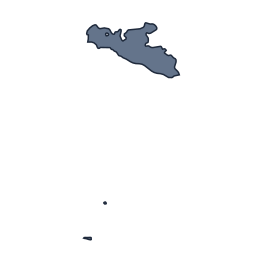 map outline of Agrigento (Mercator projection), rotated 353°
{"feature_id": "ITA-5417", "entity_name": "Agrigento", "entity_type": "Province", "adm_level": 1, "iso_a3": "ITA", "parent_name": "Italy", "parent_adm1": "", "projection": "mercator", "projection_center": [13.389, 36.616], "detail": "fine", "context": "isolated", "style": "filled", "palette": "slate", "viewbox_px": 256, "rotation_deg": 353, "n_neighbors": 0, "source": "natural_earth", "source_scale": "10m", "svg_char_len": 2303}
<svg xmlns="http://www.w3.org/2000/svg" viewBox="0 0 256 256"><g transform="rotate(353 128 128)"><path d="M185.4,81.5L180.6,81.9L179.9,82.1L178.5,83.0L177.7,83.3L174.4,82.8L169.7,79.2L166.8,78.0L163.6,77.3L160.8,76.1L158.4,74.4L152.0,68.0L149.7,66.4L147.1,65.6L143.6,65.0L140.9,64.0L138.5,62.5L134.8,59.5L131.6,57.6L130.2,56.2L129.5,55.7L128.5,55.4L127.6,54.9L125.8,51.3L125.3,50.9L123.7,49.9L122.8,48.8L122.2,48.2L121.3,48.0L120.9,47.7L120.2,46.3L119.8,46.0L110.5,44.7L109.4,45.3L108.6,45.4L107.8,45.0L107.4,44.1L106.9,42.2L106.6,41.4L104.6,39.3L102.2,38.2L98.5,37.8L99.4,34.9L100.0,30.8L98.7,30.3L98.5,29.2L99.4,26.7L102.2,24.1L105.3,22.2L107.5,21.6L108.6,21.7L109.1,22.2L110.8,25.1L112.3,26.0L116.7,25.8L120.8,27.1L121.8,28.1L123.0,31.2L123.8,32.5L124.9,33.1L125.4,33.2L125.9,33.1L126.2,32.7L126.6,31.7L126.9,31.3L127.4,31.1L129.3,31.2L130.0,30.8L131.4,29.4L132.2,29.1L133.1,29.8L132.9,31.3L131.3,35.6L132.2,39.1L132.8,40.4L133.6,41.0L136.9,39.4L137.2,38.0L135.5,36.0L135.9,34.1L137.0,33.6L138.3,32.7L139.2,31.5L140.3,30.7L152.0,31.0L155.4,30.0L156.5,29.0L157.4,26.6L158.1,25.8L158.9,25.9L162.1,27.3L163.2,27.6L164.6,27.6L165.8,28.0L166.9,28.8L167.9,30.0L168.5,31.2L168.8,32.3L168.5,33.4L167.6,34.1L162.1,36.6L160.4,36.8L159.6,36.5L158.9,36.0L158.2,35.8L157.5,36.4L157.3,37.8L159.0,41.2L158.9,43.3L158.5,44.9L158.3,45.4L158.0,45.6L157.7,45.7L157.1,45.8L156.4,46.0L155.8,46.5L155.4,47.1L155.2,48.0L155.4,48.7L155.8,49.0L157.9,48.9L158.7,49.2L160.2,50.5L161.4,51.0L162.5,51.2L170.2,50.9L170.8,51.2L171.1,51.7L171.9,54.0L173.5,53.8L174.0,53.9L174.4,54.1L175.3,55.3L175.4,55.7L174.1,56.7L173.4,57.5L173.4,58.1L176.0,60.5L176.9,61.0L177.5,61.0L178.9,60.8L179.6,61.0L180.1,61.6L181.5,63.6L181.9,64.0L183.3,65.0L183.9,66.0L183.9,67.2L183.7,68.4L181.7,72.8L181.6,73.6L181.7,74.5L182.1,75.2L184.3,78.0L185.0,79.5L185.4,81.5ZM118.4,33.9L119.6,33.6L120.1,32.8L119.9,31.9L118.8,31.2L118.0,31.2L117.4,31.6L117.2,32.4L117.6,33.8L118.4,33.9ZM77.9,232.5L78.0,233.3L77.9,234.2L77.1,234.4L76.5,234.2L76.1,234.0L75.8,234.0L72.9,232.7L71.4,232.3L70.6,231.9L71.2,231.4L72.9,231.5L73.7,231.7L77.2,232.0L77.9,232.2L78.0,232.3L77.9,232.5ZM95.9,198.7L96.5,198.7L97.0,199.2L97.2,200.2L96.9,200.6L95.7,200.6L95.3,200.2L94.9,199.6L95.0,199.1L95.5,198.8L95.9,198.7Z" fill="#64748b" stroke="#1e293b" stroke-width="1.5"/></g></svg>